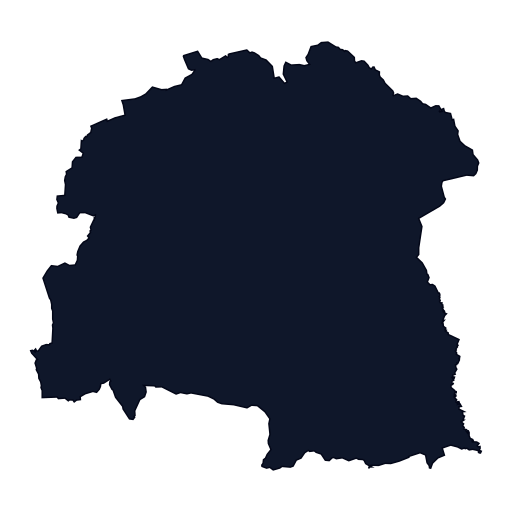 Castleisland Lea-4, Kerry, Ireland
{"feature_id": "5873133B10619392934553", "entity_name": "Castleisland Lea-4", "entity_type": "district", "adm_level": 2, "iso_a3": "IRL", "parent_name": "Ireland", "parent_adm1": "Kerry", "projection": "mercator", "projection_center": [-9.401, 52.23], "detail": "fine", "context": "isolated", "style": "filled", "palette": "ink", "viewbox_px": 512, "rotation_deg": 0, "n_neighbors": 0, "source": "geoboundaries", "source_scale": "gbopen_adm2", "svg_char_len": 5920}
<svg xmlns="http://www.w3.org/2000/svg" viewBox="0 0 512 512"><path d="M472.4,150.1L464.8,145.8L460.0,141.3L457.6,134.4L458.1,130.9L454.9,126.2L453.6,119.4L452.2,120.0L450.5,113.5L445.4,112.5L444.3,111.3L443.6,108.6L441.2,109.6L442.1,111.4L439.7,111.9L439.3,111.2L440.9,109.5L438.8,105.9L435.7,105.8L430.8,108.0L425.6,104.4L422.6,103.8L420.6,101.3L416.2,98.3L410.7,98.7L407.7,96.0L403.0,96.3L397.6,94.0L393.4,95.7L392.9,95.0L393.6,93.0L392.8,91.0L385.0,83.3L383.3,80.0L380.1,77.0L379.3,74.9L379.4,71.9L375.3,69.9L374.0,67.0L372.8,67.1L371.4,69.0L369.3,67.8L367.9,65.2L364.1,61.2L361.5,60.8L355.8,62.8L354.5,61.0L354.3,57.4L347.6,51.1L345.2,50.6L344.6,51.4L342.6,49.7L340.1,49.4L338.4,47.4L335.9,47.0L328.0,42.1L321.3,42.6L317.9,45.2L311.1,46.6L308.2,54.3L306.0,57.6L306.9,60.7L309.7,64.4L304.3,65.7L299.4,64.6L291.2,65.1L285.8,62.3L284.1,66.0L283.3,74.1L287.2,82.1L284.5,83.4L279.0,77.0L274.2,78.3L272.3,66.4L266.1,60.0L260.6,58.0L258.7,55.6L254.4,52.9L252.0,52.1L249.9,52.9L246.8,50.0L229.5,53.9L228.4,54.4L228.3,56.8L227.2,57.4L225.6,55.9L219.4,59.7L217.2,58.7L213.2,59.7L210.9,61.5L208.0,59.5L201.8,58.1L197.6,51.3L183.7,55.6L183.4,56.2L184.5,59.4L188.5,68.8L191.5,70.2L194.8,69.7L194.8,70.4L192.0,74.4L185.2,78.1L181.6,84.8L174.5,86.5L166.3,90.1L166.3,89.4L161.5,89.7L152.4,87.1L145.8,94.0L140.9,96.8L135.1,98.9L121.9,100.6L123.3,104.8L125.1,115.2L115.2,117.8L107.3,121.3L106.7,119.2L90.9,126.2L91.7,128.2L90.8,132.5L87.5,135.0L86.7,136.9L85.7,136.5L84.0,138.4L83.8,139.8L82.1,141.2L81.4,140.7L80.9,148.9L79.3,150.1L83.3,153.2L81.9,157.3L76.0,157.4L72.5,161.8L72.1,167.9L66.2,171.6L66.6,174.3L65.3,176.8L64.7,180.5L65.5,184.6L64.8,195.4L57.3,196.1L56.9,199.5L58.4,203.0L57.0,206.1L56.9,208.5L57.8,212.9L61.6,212.6L66.1,213.8L68.2,215.0L69.0,217.2L73.9,218.2L76.6,217.4L79.7,212.7L85.2,212.6L93.4,215.8L95.4,214.9L95.1,217.9L94.3,217.8L94.2,220.3L93.7,220.2L90.4,227.2L91.1,230.1L90.1,230.9L90.5,232.5L87.6,236.0L89.2,237.9L86.8,240.4L83.5,242.1L80.1,246.0L77.8,251.5L77.1,255.0L77.7,256.1L77.4,260.3L75.2,265.0L69.4,265.5L64.9,263.1L57.7,266.5L51.4,265.7L47.3,270.9L43.0,278.1L49.5,298.2L50.7,299.8L51.7,304.4L51.7,308.3L52.7,311.0L52.7,319.1L53.5,322.9L52.5,325.0L52.9,328.2L52.1,343.0L49.9,343.6L49.5,344.8L46.2,344.6L41.7,346.2L38.2,351.1L36.5,350.9L35.6,349.0L34.5,350.2L35.6,351.5L35.2,352.1L32.4,350.3L30.7,350.7L31.7,353.1L37.5,359.5L36.3,360.0L35.1,363.1L36.7,368.3L36.3,369.7L38.6,374.1L38.9,378.4L40.7,381.8L41.4,385.6L41.0,387.6L42.2,390.5L42.2,397.6L57.1,397.0L58.4,398.6L65.0,398.1L68.3,400.8L69.4,399.9L72.9,400.0L74.2,401.9L76.5,400.1L80.4,399.6L80.2,396.7L85.3,393.7L92.9,391.4L96.6,392.3L99.2,389.3L100.4,386.6L100.8,383.6L103.7,383.1L109.8,379.2L110.8,381.1L109.8,381.9L109.6,384.7L112.0,389.3L113.1,390.1L115.6,397.3L122.7,406.4L123.1,409.0L129.5,418.9L133.0,419.4L134.6,417.3L134.0,416.5L135.0,415.5L134.7,410.8L139.8,399.6L144.5,396.7L146.1,392.0L145.5,387.4L143.6,385.4L154.8,385.8L155.8,387.0L161.8,386.8L176.1,394.0L180.5,392.5L186.9,393.8L191.0,392.9L208.0,396.1L214.0,399.0L217.6,402.2L221.8,403.7L233.7,404.7L247.0,407.8L251.5,405.2L257.4,405.6L265.0,411.8L269.9,418.8L268.9,423.7L270.0,434.4L268.2,440.4L268.4,443.5L271.0,449.6L267.2,454.4L265.5,458.2L263.5,459.7L263.1,463.3L261.8,465.1L262.0,466.4L266.6,468.1L269.8,467.3L273.2,469.9L279.8,468.0L282.0,466.4L290.3,467.1L293.1,466.1L296.3,460.1L301.0,458.1L304.7,452.7L308.2,450.4L309.6,451.4L314.3,450.8L316.1,452.3L321.2,454.0L325.3,460.2L329.2,460.6L332.1,457.8L333.8,457.5L336.3,458.7L342.3,457.8L348.8,460.7L356.3,458.1L358.6,459.3L362.7,459.5L364.1,460.3L365.7,463.6L369.0,465.6L369.3,466.5L368.6,468.4L369.7,467.0L371.8,466.9L369.9,465.9L370.8,465.2L378.6,465.4L385.2,463.3L390.7,463.5L399.2,461.1L408.8,457.3L408.5,456.5L420.1,452.7L425.6,455.0L427.1,462.8L429.2,465.6L429.5,467.9L430.7,468.2L432.5,463.2L437.9,457.9L444.4,455.2L442.2,448.0L450.7,445.1L457.6,446.9L461.7,449.0L464.4,448.0L465.2,448.7L466.8,448.2L469.2,449.9L472.6,449.3L476.7,450.2L478.8,450.9L478.4,452.1L479.2,452.9L480.5,453.0L481.3,451.2L479.2,450.3L480.1,448.3L480.0,446.5L478.2,446.9L477.2,445.9L479.0,443.4L476.7,442.0L472.4,441.9L472.1,441.1L473.4,441.0L472.7,439.5L470.2,438.4L469.1,435.8L469.1,432.5L468.3,430.8L467.8,430.7L468.2,432.7L467.7,433.3L466.0,430.9L466.4,429.6L463.7,429.1L464.2,427.4L462.6,425.7L463.6,423.9L461.2,421.9L463.8,420.1L463.0,420.0L464.5,416.1L463.1,415.4L462.3,411.8L464.0,411.6L458.9,409.1L459.1,406.7L461.4,406.4L460.0,403.9L458.4,404.2L459.4,403.3L458.9,401.6L457.5,401.8L457.4,403.2L456.0,402.1L455.9,400.9L456.7,399.9L454.2,397.1L454.3,395.3L455.4,396.5L456.0,396.0L455.8,394.9L454.5,394.4L454.7,393.0L456.2,392.8L456.2,391.7L455.2,391.8L454.8,390.6L450.9,387.4L451.1,384.9L452.6,384.5L453.6,383.0L452.5,383.8L451.9,383.0L451.9,381.2L453.7,380.2L452.3,378.1L454.0,378.6L454.5,377.1L452.5,376.7L452.8,375.1L455.2,374.2L454.6,372.9L456.8,369.2L455.8,367.4L455.5,364.8L456.8,364.5L456.9,363.0L457.8,363.3L459.4,359.9L458.3,357.8L459.4,358.8L459.8,356.4L456.3,354.3L456.7,353.0L455.4,351.0L456.3,350.0L455.9,348.9L457.4,346.9L457.1,346.2L458.0,345.3L457.1,344.1L459.0,339.6L448.2,334.5L448.2,332.9L445.5,331.2L446.3,330.2L445.0,329.7L445.8,328.1L443.4,326.3L443.0,323.2L442.0,323.0L444.1,320.4L442.6,320.6L444.7,315.5L446.4,313.8L444.9,313.2L444.5,311.5L443.9,312.4L443.2,311.9L443.4,310.5L442.8,310.0L443.2,309.3L442.2,308.0L443.2,307.1L442.4,306.2L442.9,305.1L441.9,304.5L441.9,302.8L440.5,303.0L439.6,301.2L440.2,300.5L439.4,298.8L439.9,297.3L439.2,296.7L439.8,295.9L439.8,294.2L439.2,293.0L438.4,293.2L434.9,286.1L432.5,284.5L430.0,284.8L427.3,282.0L429.0,277.6L427.8,274.5L426.9,274.1L426.4,270.4L422.2,262.9L416.4,257.3L418.7,254.5L418.7,247.7L421.9,226.5L418.6,218.4L439.7,206.1L443.6,202.7L445.4,199.0L444.2,197.2L441.3,186.2L441.9,182.4L443.0,180.7L466.6,175.1L473.6,175.7L475.8,173.6L477.3,170.1L477.4,166.1L478.7,163.0L477.6,160.0L473.0,154.6L472.4,150.1Z" fill="#0f172a" stroke="#020617" stroke-width="1.5"/></svg>